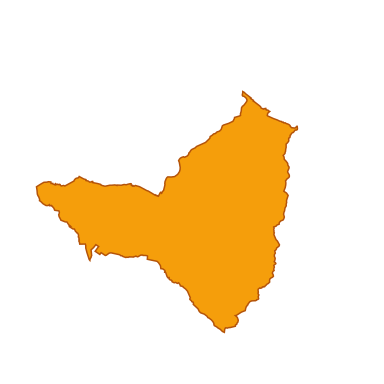 Patarlagele, Buzau, Romania, rotated 221°
{"feature_id": "2599482B92792236227552", "entity_name": "Patarlagele", "entity_type": "district", "adm_level": 2, "iso_a3": "ROU", "parent_name": "Romania", "parent_adm1": "Buzau", "projection": "natural_earth1", "projection_center": [26.343, 45.318], "detail": "fine", "context": "isolated", "style": "filled", "palette": "amber", "viewbox_px": 384, "rotation_deg": 221, "n_neighbors": 0, "source": "geoboundaries", "source_scale": "gbopen_adm2", "svg_char_len": 5984}
<svg xmlns="http://www.w3.org/2000/svg" viewBox="0 0 384 384"><g transform="rotate(221 192 192)"><path d="M219.6,301.1L218.9,300.3L217.7,298.2L217.1,297.8L216.5,297.7L215.6,298.3L213.7,298.4L212.5,298.3L210.8,297.5L210.2,296.4L209.9,294.0L209.8,291.0L210.2,289.9L209.9,288.1L207.9,285.3L206.7,282.7L205.6,281.6L206.1,280.4L208.8,276.2L208.1,275.0L207.5,272.2L209.3,268.0L212.1,263.3L212.5,261.9L211.0,258.3L211.2,255.9L212.5,253.8L212.7,252.7L212.6,251.7L213.8,250.0L214.0,248.0L214.7,245.8L213.8,244.2L214.3,238.3L218.5,229.2L218.5,227.6L220.0,224.1L220.2,222.9L219.8,220.1L220.0,219.4L219.2,218.1L219.2,216.1L220.4,213.3L221.4,213.1L222.3,211.8L223.0,210.0L223.0,208.4L222.7,206.9L221.1,206.1L216.9,202.7L215.6,200.9L214.8,199.1L214.4,195.9L215.2,192.3L217.5,189.7L220.2,187.5L220.4,186.5L220.2,185.1L219.2,182.2L217.9,180.3L217.2,179.8L214.5,174.6L214.6,172.3L214.2,171.8L214.1,171.1L215.5,171.1L215.5,170.5L214.6,166.8L215.5,166.6L215.5,166.4L216.1,166.3L216.0,166.1L217.8,165.8L217.7,165.4L225.7,164.0L227.1,163.4L235.1,161.6L239.1,159.7L239.5,158.3L240.4,158.2L240.3,157.8L240.8,157.4L241.5,157.8L241.7,157.4L242.3,157.3L243.4,158.3L243.9,157.9L245.5,155.8L246.4,154.3L248.2,153.1L249.8,150.7L253.1,148.1L252.9,147.7L254.8,146.8L256.8,144.7L258.4,143.3L261.4,139.3L264.4,137.8L265.3,137.6L265.7,137.7L265.3,137.9L266.0,137.8L268.9,136.4L273.2,133.9L273.8,134.8L274.3,134.5L274.8,133.3L275.8,132.3L277.5,132.2L279.6,131.1L279.9,131.7L280.2,131.8L282.3,130.8L287.3,129.7L287.1,128.9L287.3,127.8L288.4,126.4L288.7,125.2L288.6,123.6L288.3,122.8L291.9,113.1L293.2,112.7L294.6,110.8L295.9,110.7L296.4,111.1L297.3,110.7L297.5,110.1L298.3,109.6L298.9,109.5L299.6,108.5L300.5,108.7L300.5,108.3L299.7,107.8L300.1,107.5L302.7,106.7L302.9,107.0L304.0,106.0L305.1,107.0L307.1,105.6L308.0,104.2L310.1,102.2L311.2,99.2L312.8,93.9L310.4,91.9L307.3,88.9L305.5,88.0L304.8,87.9L302.3,86.6L301.4,85.4L300.2,85.6L296.7,85.4L293.4,86.0L292.5,86.6L291.7,87.5L291.3,88.8L290.7,88.2L290.2,88.3L289.5,89.5L288.9,89.3L288.7,89.6L285.4,89.1L283.9,88.2L283.5,88.2L280.1,90.4L278.9,89.8L278.0,88.4L277.7,87.4L276.1,86.2L273.9,85.4L272.5,84.7L268.0,86.3L266.8,87.3L263.6,86.4L261.3,86.5L262.1,85.6L261.7,85.4L257.6,86.0L256.4,86.9L254.0,85.8L252.7,85.9L252.1,85.6L251.6,85.9L250.9,85.8L249.5,85.1L248.6,84.1L248.4,83.5L247.7,83.5L246.3,82.5L246.4,82.2L245.5,81.7L245.6,81.4L245.1,80.7L244.1,80.3L242.5,79.0L238.4,82.7L237.2,82.0L235.4,80.0L231.6,77.4L225.3,73.6L224.2,73.4L225.1,74.8L225.2,76.3L225.7,77.1L226.0,78.2L230.2,82.1L229.8,85.5L230.0,89.2L226.7,89.6L226.2,83.7L220.6,84.4L220.8,86.6L215.8,87.2L215.2,88.1L214.4,91.5L213.3,92.9L205.4,97.2L203.9,97.2L202.9,98.0L201.8,98.0L198.9,99.2L198.6,99.9L197.3,100.8L196.8,102.0L196.3,102.1L195.7,102.8L193.5,104.5L193.4,105.2L192.9,105.5L192.3,106.8L190.8,107.2L190.3,107.7L189.3,110.7L187.8,112.1L187.3,112.0L185.6,113.5L184.0,114.5L183.5,114.5L181.6,111.9L173.0,116.7L171.0,116.7L167.5,115.7L165.2,113.7L163.6,114.8L161.2,115.0L160.3,114.6L160.3,113.9L160.0,113.5L159.4,113.9L158.9,113.9L155.3,111.8L153.7,111.5L153.2,112.4L152.7,112.1L152.8,111.8L152.1,111.3L150.8,111.3L149.7,111.9L149.0,111.9L148.4,111.3L148.1,111.2L145.9,111.8L145.1,113.0L143.1,113.4L142.5,114.7L140.2,114.2L139.2,113.5L136.9,114.7L136.3,114.4L133.2,114.6L130.4,114.2L123.9,111.1L123.6,110.1L123.1,109.5L121.1,109.5L120.1,109.1L118.9,109.6L117.9,109.0L117.3,108.0L110.9,107.8L108.1,106.6L106.2,106.5L102.5,107.9L99.1,108.1L97.7,107.6L96.4,108.0L93.5,108.2L91.3,107.9L89.6,107.3L88.6,106.6L88.4,106.2L87.4,105.8L85.0,106.4L83.3,106.4L80.6,106.9L77.5,106.7L75.5,107.3L77.2,109.8L77.6,111.3L77.4,111.7L76.1,112.4L75.3,113.8L74.3,114.7L71.2,119.1L71.9,120.0L71.5,121.7L72.0,122.4L72.0,123.9L73.0,125.6L75.5,127.1L78.2,127.2L77.6,127.9L75.9,133.8L74.0,137.4L75.4,139.9L75.8,141.2L75.7,141.4L76.0,142.6L75.8,143.6L76.2,144.1L76.4,147.1L75.5,149.0L72.7,151.7L72.4,152.5L72.5,153.2L71.9,153.8L71.6,154.7L71.8,155.3L73.3,156.3L74.0,158.2L74.7,158.3L75.9,159.0L76.1,159.8L78.0,161.5L78.3,162.3L77.9,164.1L77.0,164.4L76.4,165.6L76.6,166.5L75.9,167.1L76.0,167.4L75.2,167.9L75.0,168.4L75.2,169.0L75.0,169.7L74.9,171.9L74.4,173.0L74.3,175.0L75.6,176.3L76.2,177.7L76.0,178.8L75.3,180.6L75.3,181.9L76.8,183.0L77.9,183.3L78.4,184.0L78.8,185.2L78.5,186.6L79.6,187.3L80.2,188.2L80.6,189.4L82.2,190.3L81.7,192.9L82.6,193.4L84.2,193.3L84.8,195.1L85.8,196.6L87.8,197.6L88.8,199.0L89.0,200.5L91.0,201.9L90.7,203.0L90.9,204.3L91.4,205.3L90.8,208.1L91.3,209.5L95.3,211.0L97.4,211.2L101.5,213.2L102.6,213.9L103.1,215.2L104.0,215.5L104.5,216.4L105.9,217.4L106.3,218.6L107.4,219.1L107.4,219.5L106.7,220.3L106.1,221.6L106.2,222.8L105.9,223.5L105.1,224.8L106.0,226.1L106.1,226.9L106.0,228.4L104.9,230.6L105.1,231.9L105.9,233.7L108.3,235.3L109.4,237.2L109.7,238.4L111.3,240.9L111.8,243.4L112.9,244.5L113.7,246.2L114.7,247.1L115.3,248.0L117.2,252.5L120.0,253.2L123.2,252.8L124.6,256.6L125.8,258.7L127.1,260.4L128.8,261.9L128.7,262.9L128.9,263.9L128.4,266.6L128.7,267.5L129.0,268.0L130.1,268.8L132.5,269.6L133.1,270.0L133.5,270.7L134.3,273.4L135.1,274.5L137.2,275.1L138.6,276.4L141.3,277.0L143.8,277.2L145.5,278.8L147.2,279.4L147.1,282.1L147.7,282.9L148.0,283.9L149.5,286.0L150.2,287.4L152.4,289.9L152.2,291.8L152.4,293.8L153.0,294.7L153.8,295.3L154.2,296.0L154.3,296.4L153.9,297.0L154.1,297.9L155.2,299.2L154.9,300.0L155.2,300.7L155.2,302.3L155.0,303.0L154.7,303.2L154.6,303.9L154.8,306.1L154.7,306.5L154.0,307.0L153.6,307.7L153.5,308.2L153.9,308.9L155.7,310.6L156.0,310.4L156.1,308.4L156.5,307.6L159.0,305.9L160.9,306.0L161.6,306.5L163.0,306.5L164.2,306.2L165.8,305.5L167.2,305.3L167.8,304.5L168.9,304.3L169.1,304.5L169.9,303.8L170.6,304.0L172.1,303.1L175.0,302.3L178.6,300.9L184.6,299.1L185.4,299.1L186.5,301.1L186.2,303.8L187.2,303.5L188.4,303.6L189.8,302.7L191.2,303.5L191.5,303.0L191.5,302.6L192.3,302.3L192.4,301.5L194.9,300.7L196.0,301.3L197.4,301.4L204.3,301.0L205.3,300.7L205.7,301.5L209.1,301.0L209.1,301.7L216.1,301.3L217.8,301.5L219.6,301.1Z" fill="#f59e0b" stroke="#b45309" stroke-width="1.5"/></g></svg>